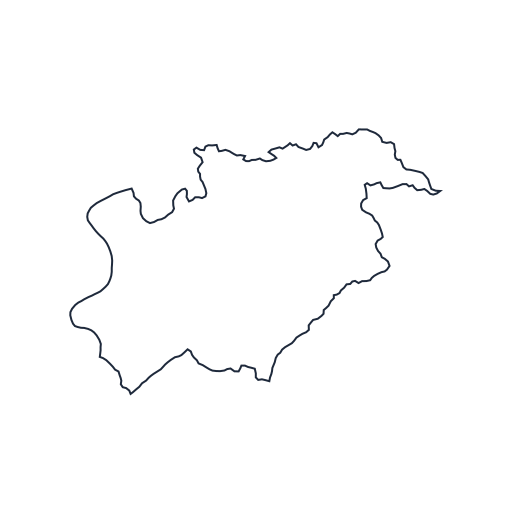 outline of Cássia, Minas Gerais, Brazil, rotated 250°
{"feature_id": "56859067B74168157441705", "entity_name": "Cássia", "entity_type": "district", "adm_level": 2, "iso_a3": "BRA", "parent_name": "Brazil", "parent_adm1": "Minas Gerais", "projection": "orthographic", "projection_center": [-46.919, -20.558], "detail": "fine", "context": "isolated", "style": "outline", "palette": "slate", "viewbox_px": 512, "rotation_deg": 250, "n_neighbors": 0, "source": "geoboundaries", "source_scale": "gbopen_adm2", "svg_char_len": 4562}
<svg xmlns="http://www.w3.org/2000/svg" viewBox="0 0 512 512"><g transform="rotate(250 256 256)"><path d="M254.1,451.3L255.9,447.2L259.0,443.7L262.8,443.7L266.3,443.8L269.1,444.0L273.1,442.6L277.0,441.0L279.0,438.5L281.4,434.9L284.2,430.5L285.9,426.9L289.1,424.9L293.6,424.8L297.0,424.6L297.9,422.0L300.5,420.6L303.8,421.1L306.8,422.8L310.1,423.1L313.9,424.0L316.9,421.5L317.6,417.4L320.1,413.7L324.1,413.9L327.4,412.5L330.6,410.3L332.5,408.3L334.6,405.8L336.9,403.7L338.1,400.4L339.8,395.9L337.7,391.9L337.4,388.1L339.1,385.8L340.6,383.3L341.0,379.5L342.0,376.9L340.7,373.8L343.4,372.1L346.1,370.1L344.9,367.0L343.2,364.0L342.1,359.9L339.8,358.1L337.7,356.0L336.8,351.9L341.3,351.4L342.6,348.8L340.1,346.6L338.1,343.4L338.5,339.4L340.9,336.8L343.9,333.2L347.3,331.8L347.3,328.2L350.4,326.5L349.2,323.6L348.5,320.7L347.8,317.7L350.1,315.2L350.4,310.5L350.7,306.9L349.3,303.4L346.5,305.4L344.0,307.3L341.2,308.6L340.6,305.4L340.6,301.9L341.6,297.8L344.0,294.7L346.3,293.0L346.5,288.5L347.7,284.9L347.5,281.9L348.6,279.1L351.1,277.1L353.7,279.9L356.2,275.8L357.0,272.4L359.3,270.2L361.4,268.5L363.5,266.9L366.2,263.6L366.5,259.7L367.1,257.0L370.5,256.8L373.8,257.0L374.9,252.6L376.4,249.1L376.1,245.9L373.2,243.4L374.8,239.9L378.2,237.1L377.3,234.0L374.1,233.4L371.1,235.1L367.2,238.0L362.4,237.9L360.1,234.1L357.9,231.2L355.0,230.6L352.3,231.5L349.8,230.6L346.7,230.1L343.8,231.1L336.2,231.4L332.0,230.8L329.3,228.9L328.9,225.1L330.8,222.3L332.0,218.9L330.4,215.6L330.2,211.7L335.2,210.9L337.9,212.3L340.9,213.3L343.5,212.4L343.8,209.1L342.8,206.3L341.8,203.6L339.8,200.7L336.5,197.1L331.9,195.6L328.5,195.1L325.9,192.2L324.9,187.6L323.3,183.6L322.9,179.7L323.5,176.0L322.8,171.8L323.2,167.6L326.2,164.8L330.2,162.7L335.0,162.2L337.9,162.9L341.8,164.6L345.3,165.5L348.2,164.9L350.8,162.9L353.8,161.7L357.2,162.5L361.9,162.2L362.5,156.0L362.8,150.2L362.9,146.8L362.9,142.9L362.2,139.3L361.8,136.4L361.4,133.2L360.9,129.0L360.2,124.4L359.0,120.6L357.8,117.3L355.7,114.7L353.6,112.4L350.5,110.8L347.0,110.2L343.9,111.0L340.7,112.0L337.8,112.8L334.2,114.0L331.0,115.3L328.0,116.7L324.6,118.5L321.5,119.5L318.6,120.2L314.8,120.6L310.2,120.7L305.4,120.4L300.9,119.3L297.5,117.9L294.2,116.4L290.4,115.0L287.1,113.3L284.7,111.5L282.6,109.7L280.2,107.2L278.6,104.2L277.3,101.1L276.0,97.7L275.6,94.7L275.3,91.2L274.9,88.3L274.7,84.6L274.1,79.8L273.4,76.5L273.0,73.1L271.8,69.4L269.3,65.1L266.7,62.4L263.8,61.2L259.1,60.7L255.0,60.9L252.1,61.9L250.3,64.1L248.4,67.0L247.2,69.9L244.9,73.3L242.5,75.8L239.6,77.7L235.9,79.1L230.9,80.1L226.4,80.1L223.6,78.8L220.5,77.7L217.7,76.3L214.6,74.7L212.4,77.3L209.3,79.7L204.6,82.0L200.9,83.6L197.4,84.7L194.5,87.3L190.3,87.1L187.6,87.1L184.9,86.8L181.7,85.1L178.3,85.9L176.3,88.8L172.9,90.9L169.3,91.0L170.1,93.7L171.6,97.6L173.0,101.6L175.4,105.4L176.5,110.1L178.3,113.5L179.4,116.4L180.3,119.5L181.1,123.2L182.1,127.8L183.7,130.9L185.1,133.5L186.3,136.6L187.5,140.4L188.6,145.2L188.1,149.1L188.4,152.0L189.8,155.5L191.7,159.8L188.6,162.1L185.0,162.1L182.0,162.9L178.2,164.8L174.7,165.3L171.7,168.6L168.1,171.4L165.4,173.6L163.2,175.9L161.5,179.3L160.1,182.8L159.2,187.2L159.6,190.2L159.0,193.6L155.0,196.3L153.5,200.2L155.7,202.7L158.0,204.8L156.8,208.1L154.4,210.6L152.7,213.2L150.5,216.3L145.8,215.7L142.0,214.3L138.8,215.7L138.1,219.4L136.2,222.3L133.8,225.7L137.0,227.6L139.8,230.0L142.2,231.6L145.2,233.1L147.7,235.4L149.8,237.3L153.4,239.7L155.9,242.7L156.8,245.7L159.1,248.5L160.4,252.2L161.1,256.1L161.8,259.9L163.3,262.8L165.5,266.1L166.4,269.9L167.0,273.0L167.2,277.0L168.5,280.4L172.8,281.8L174.8,285.0L176.4,287.8L175.9,292.6L177.3,297.0L178.6,299.7L182.1,301.2L183.1,304.0L184.5,307.2L187.9,310.8L189.7,314.7L192.6,315.7L192.1,318.6L192.6,321.8L194.6,324.0L196.1,328.0L198.4,331.4L197.5,335.0L199.1,337.8L198.7,340.6L195.5,343.1L196.1,347.1L194.7,351.1L194.2,355.0L195.8,357.3L196.9,360.2L197.6,364.2L197.9,368.4L197.5,371.6L198.4,374.4L201.0,378.1L205.7,378.1L209.4,376.0L211.8,373.8L215.5,373.8L219.0,372.4L222.8,371.9L226.3,372.5L228.9,375.6L229.4,379.0L230.5,381.6L234.1,382.1L238.0,382.2L243.1,382.1L246.0,381.4L248.7,379.8L251.6,379.5L254.3,379.0L256.9,377.0L259.4,374.3L263.1,371.6L266.4,371.6L269.4,372.8L271.9,375.8L272.5,379.8L276.8,381.1L281.7,382.2L285.7,382.5L286.4,385.3L283.2,387.7L282.9,391.5L283.2,394.3L282.7,398.0L279.6,398.3L276.3,398.9L275.0,401.8L273.8,404.6L273.2,407.8L273.2,413.2L273.4,418.3L272.1,422.0L269.1,423.6L268.9,427.4L265.8,428.3L262.7,430.0L261.7,433.9L261.4,437.1L258.6,439.1L254.8,441.0L253.1,443.6L252.9,447.2L254.1,451.3Z" fill="none" stroke="#1e293b" stroke-width="2"/></g></svg>